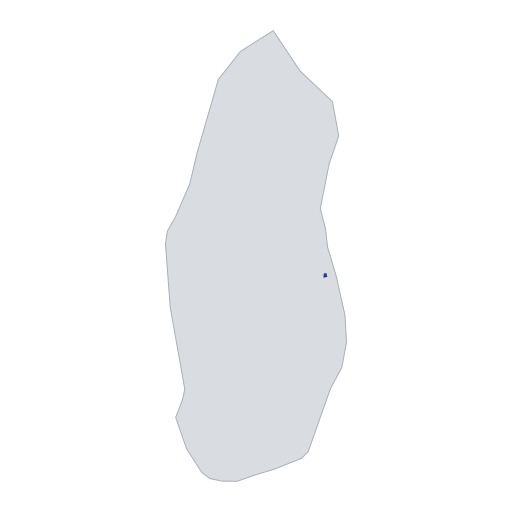 22, Ad Dawhah, Qatar shown in context
{"feature_id": "91078587B26591597392685", "entity_name": "22", "entity_type": "district", "adm_level": 2, "iso_a3": "QAT", "parent_name": "Qatar", "parent_adm1": "Ad Dawhah", "projection": "equal_earth", "projection_center": [51.508, 25.289], "detail": "fine", "context": "in_parent", "style": "filled", "palette": "blue", "viewbox_px": 512, "rotation_deg": 0, "n_neighbors": 0, "source": "geoboundaries", "source_scale": "gbopen_adm2", "svg_char_len": 694}
<svg xmlns="http://www.w3.org/2000/svg" viewBox="0 0 512 512"><path d="M274.1,469.2L255.0,475.0L237.0,481.3L222.0,481.1L209.9,478.6L201.9,472.6L186.5,448.6L175.7,417.4L182.4,400.0L184.8,389.2L170.2,307.1L165.5,244.2L167.3,231.3L175.7,216.4L189.8,183.7L197.3,152.1L218.4,79.3L240.6,51.3L273.2,30.7L300.0,70.9L332.5,101.7L338.7,136.0L329.1,164.0L320.3,208.6L325.6,229.1L327.5,246.9L336.4,276.7L345.0,315.5L346.5,342.5L341.8,367.5L330.5,388.5L308.1,451.8L301.4,458.4L274.1,469.2Z" fill="#d9dde1" stroke="#a8b0b8" stroke-width="1"/><path d="M326.4,276.3L326.2,275.7L326.0,274.0L324.6,274.0L324.3,274.7L324.3,275.9L324.3,276.8L326.4,276.3Z" fill="#3b82f6" stroke="#1e3a8a" stroke-width="1.5"/></svg>